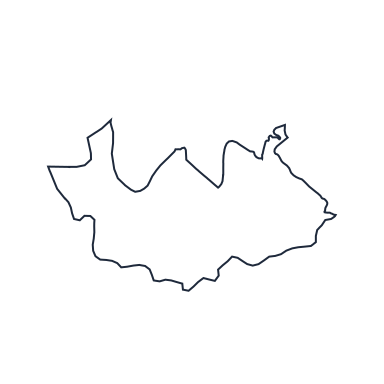 Al Maqatirah, Lahij, Yemen (Robinson projection), rotated 39°
{"feature_id": "15242507B89654999321580", "entity_name": "Al Maqatirah", "entity_type": "district", "adm_level": 2, "iso_a3": "YEM", "parent_name": "Yemen", "parent_adm1": "Lahij", "projection": "robinson", "projection_center": [44.156, 13.13], "detail": "fine", "context": "isolated", "style": "outline", "palette": "slate", "viewbox_px": 384, "rotation_deg": 39, "n_neighbors": 0, "source": "geoboundaries", "source_scale": "gbopen_adm2", "svg_char_len": 4476}
<svg xmlns="http://www.w3.org/2000/svg" viewBox="0 0 384 384"><g transform="rotate(39 192 192)"><path d="M64.2,262.8L67.9,265.0L69.7,265.9L85.2,274.4L97.4,277.1L97.5,276.9L102.4,277.7L104.2,278.6L107.6,280.3L112.2,284.0L117.3,287.2L122.6,284.6L123.4,278.2L128.1,274.6L133.7,275.0L135.7,277.8L137.5,280.1L141.4,284.7L145.0,290.1L148.0,295.4L152.2,299.9L157.3,302.6L158.5,302.6L163.2,302.3L168.1,298.8L173.2,295.8L178.7,294.3L184.4,295.1L188.6,290.9L192.8,286.0L197.0,281.8L198.9,280.8L202.1,279.0L207.8,278.8L213.0,281.7L217.9,284.8L219.0,284.2L223.1,281.8L226.5,276.9L231.5,273.8L236.8,271.6L241.0,269.8L241.9,269.4L242.1,269.3L246.4,273.6L247.3,273.1L251.5,270.9L252.7,264.5L253.4,258.2L255.0,251.7L260.2,249.3L265.7,246.7L265.4,240.2L261.1,235.9L262.0,229.6L263.3,223.4L263.8,217.0L268.9,214.4L274.5,213.9L280.2,213.3L285.5,211.0L289.1,206.2L291.0,199.9L292.6,193.9L292.7,193.6L296.9,189.3L300.3,184.3L302.2,178.2L303.2,176.5L305.4,172.7L309.3,168.1L313.7,163.8L318.4,159.1L319.8,153.0L315.9,148.2L313.2,142.7L313.4,140.6L313.4,139.9L313.8,136.2L313.2,129.9L317.1,125.4L318.1,122.0L318.3,120.7L318.1,119.4L317.9,119.5L316.4,120.4L314.6,120.7L313.3,121.2L312.6,121.2L312.0,121.4L311.2,122.1L310.6,122.6L310.0,123.0L308.8,123.8L307.8,124.3L307.3,123.9L307.2,123.3L307.2,122.9L306.8,122.2L306.6,122.0L306.3,121.4L305.8,120.7L305.5,119.6L305.2,117.9L304.8,116.5L304.1,115.4L303.3,114.9L301.8,114.4L300.7,114.3L300.0,114.2L299.4,114.2L298.9,114.3L298.4,114.5L297.9,114.8L297.2,115.0L296.6,115.0L296.5,114.9L296.3,114.8L295.8,114.7L294.1,114.1L291.6,114.0L290.4,113.9L289.1,114.0L286.2,114.0L279.6,114.0L274.7,113.4L271.6,113.1L269.6,113.0L268.3,113.4L267.6,113.7L266.7,114.0L265.2,114.4L264.4,114.6L263.7,114.8L260.5,115.1L257.1,114.7L255.6,114.0L255.4,113.9L253.9,113.0L253.5,112.8L253.0,112.6L252.5,112.3L252.1,112.3L251.9,112.2L249.1,111.7L245.2,111.9L243.9,111.9L243.7,111.9L242.3,111.6L242.1,111.6L238.9,110.2L238.7,110.1L238.1,109.9L236.6,109.3L235.1,109.1L234.3,109.2L233.2,109.7L232.1,109.6L231.6,109.3L230.7,108.8L230.6,108.7L229.4,106.7L229.4,106.2L229.2,103.3L229.4,102.3L230.0,99.5L232.1,89.5L231.6,89.4L228.5,88.5L225.3,85.9L224.1,84.2L223.6,83.5L222.0,81.4L218.9,86.4L217.1,89.3L217.0,89.5L217.0,90.2L216.8,91.8L217.4,93.7L218.2,94.2L219.2,94.8L221.5,94.7L223.7,93.9L226.1,94.2L226.6,94.5L227.0,95.7L226.7,96.1L226.4,96.1L225.8,96.1L225.0,95.9L223.6,96.1L221.0,98.2L220.3,98.8L219.5,98.8L219.1,98.7L218.9,98.6L217.7,98.6L217.1,99.5L217.2,101.3L218.3,102.2L218.8,102.9L219.0,103.4L219.0,103.5L219.1,104.1L218.3,104.6L217.6,105.3L217.6,106.8L218.4,108.4L218.8,109.4L220.3,112.7L221.0,114.2L222.3,116.8L222.9,117.8L223.0,118.8L224.3,120.4L225.3,121.5L225.6,122.0L225.0,121.9L224.3,122.5L223.7,123.1L222.7,123.8L221.1,124.2L220.5,124.3L220.5,124.2L219.8,124.2L218.1,124.0L217.5,123.7L216.9,123.4L216.1,122.8L215.6,122.4L215.2,122.2L214.8,122.1L214.7,122.2L214.2,122.2L214.0,122.3L213.1,122.8L212.8,123.0L212.1,123.5L211.7,123.8L210.3,124.0L209.4,124.1L208.8,124.2L206.6,124.4L202.8,124.8L200.0,125.1L199.0,125.2L198.9,125.2L195.6,125.3L192.0,126.6L191.3,126.9L191.1,127.0L190.6,127.6L188.9,129.5L188.8,130.4L188.6,131.9L188.5,132.5L189.4,136.0L190.6,138.7L191.3,139.8L191.8,140.7L192.2,141.5L192.3,141.6L193.5,143.7L193.7,144.0L194.6,145.2L196.3,147.6L197.7,149.4L198.3,150.0L200.9,153.3L203.9,157.0L205.5,159.0L205.4,159.3L206.1,160.1L208.9,164.4L209.8,167.4L209.8,167.9L209.8,168.0L209.8,169.5L209.8,170.4L209.8,170.8L209.5,172.2L209.2,172.2L206.8,172.1L205.5,172.1L197.3,171.8L195.7,171.8L194.7,171.7L191.2,171.7L184.1,171.5L183.1,171.4L182.8,171.4L181.4,171.4L180.6,171.4L175.4,171.0L172.2,170.8L168.6,170.6L167.2,170.5L166.1,169.2L163.7,166.5L160.8,163.3L159.1,162.5L158.1,162.4L156.6,164.3L156.5,164.7L156.2,166.1L155.4,166.7L154.3,167.5L153.7,168.1L152.3,169.2L152.5,169.9L152.9,171.5L152.1,179.2L152.0,180.4L151.9,181.2L151.6,183.4L150.7,191.2L150.7,197.3L150.7,197.8L151.0,201.8L151.2,204.8L152.1,208.6L152.4,209.8L153.5,215.0L152.7,219.5L151.5,222.6L151.1,223.7L147.7,227.6L143.2,228.6L135.5,228.9L135.3,228.8L125.7,228.0L117.2,223.2L105.7,212.8L105.5,212.6L102.8,208.3L99.9,203.7L97.5,200.7L96.8,199.8L95.5,198.2L93.0,195.1L91.2,193.9L90.0,193.0L88.1,191.7L86.1,190.2L85.5,189.7L85.1,189.5L83.7,187.1L82.9,192.7L81.9,199.5L80.0,205.5L79.7,206.2L79.2,207.8L76.7,215.6L88.9,225.4L89.8,226.4L93.0,230.2L92.2,236.1L91.8,238.7L86.5,245.1L85.1,246.2L81.3,249.3L80.7,249.8L80.8,249.9L79.5,250.8L64.2,262.8Z" fill="none" stroke="#1e293b" stroke-width="2"/></g></svg>